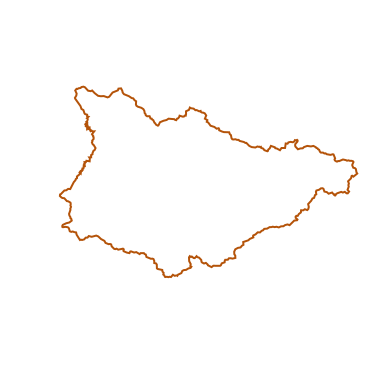 Ngao, Lampang, Thailand (orthographic projection), rotated 112°
{"feature_id": "78962969B20841547873304", "entity_name": "Ngao", "entity_type": "district", "adm_level": 2, "iso_a3": "THA", "parent_name": "Thailand", "parent_adm1": "Lampang", "projection": "orthographic", "projection_center": [99.933, 18.773], "detail": "fine", "context": "isolated", "style": "outline", "palette": "amber", "viewbox_px": 384, "rotation_deg": 112, "n_neighbors": 0, "source": "geoboundaries", "source_scale": "gbopen_adm2", "svg_char_len": 6069}
<svg xmlns="http://www.w3.org/2000/svg" viewBox="0 0 384 384"><g transform="rotate(112 192 192)"><path d="M131.8,276.8L128.8,277.8L128.4,279.7L127.2,281.5L127.5,283.1L126.8,286.4L126.8,291.7L125.8,293.5L124.2,294.6L122.5,296.6L123.7,298.9L125.5,298.8L129.5,302.9L134.6,304.4L135.9,305.7L136.1,309.7L137.4,312.5L138.0,315.1L136.8,319.3L135.3,322.6L136.4,323.6L137.0,326.3L135.0,330.5L135.0,332.1L136.1,333.8L137.3,334.3L138.4,336.1L139.4,336.8L139.6,337.7L141.6,338.3L144.0,335.8L146.0,335.4L148.6,335.8L149.2,335.3L154.1,327.6L156.4,325.6L156.7,323.4L159.4,321.1L159.8,320.3L159.6,318.2L161.1,317.6L161.0,316.2L162.9,317.0L163.0,316.3L163.6,315.9L165.7,315.7L166.5,316.2L166.9,315.3L168.1,315.9L168.1,314.7L169.6,314.4L169.7,314.8L168.6,315.5L169.5,316.0L169.8,315.1L170.8,315.1L171.0,314.1L170.3,313.8L171.9,313.2L170.5,312.9L171.3,312.2L170.8,311.6L172.2,311.5L171.5,310.7L172.3,310.4L172.3,309.5L172.7,309.0L173.3,309.2L173.6,308.8L172.7,308.0L173.3,306.2L172.6,305.9L172.4,305.4L175.9,306.4L177.2,304.4L177.7,304.4L178.2,303.7L179.7,303.1L181.7,303.8L182.4,303.3L183.5,303.4L185.0,301.9L185.3,300.7L187.4,297.9L189.6,298.0L190.7,298.8L193.3,298.8L194.3,298.4L195.6,299.4L197.6,298.5L198.4,300.2L198.9,299.4L201.9,298.4L202.6,301.6L203.7,301.5L204.5,302.8L205.1,302.1L205.8,302.5L206.1,302.1L206.9,302.3L206.9,301.8L208.3,301.0L208.8,301.5L208.7,302.1L210.7,301.5L211.3,302.4L211.9,302.1L212.9,302.3L212.9,301.7L213.7,301.9L214.1,302.7L215.7,302.3L214.9,303.3L216.1,303.6L216.6,302.8L217.4,302.7L220.7,304.5L222.2,303.8L223.5,304.6L224.8,304.5L227.1,305.3L234.9,306.0L235.5,308.0L237.5,309.2L238.4,310.9L243.1,312.8L243.7,313.4L245.2,313.0L246.0,310.9L246.1,309.8L245.6,308.1L247.3,304.6L247.0,303.2L247.4,300.7L248.6,299.9L250.0,299.7L251.1,298.6L253.1,298.6L254.1,298.0L258.3,297.8L259.7,296.9L260.9,295.3L261.8,294.9L262.1,293.9L263.6,292.8L266.2,294.3L268.0,296.8L270.8,299.4L271.7,299.6L272.9,299.2L273.0,298.5L271.7,296.3L271.2,293.9L271.7,292.6L274.2,290.6L274.2,289.0L273.3,287.8L273.3,286.1L272.9,284.3L274.8,283.0L278.5,277.9L277.8,277.2L277.7,276.0L276.3,274.2L274.2,273.5L273.4,271.8L271.5,271.2L271.1,268.2L268.3,264.5L268.3,262.3L269.7,258.7L270.1,254.9L271.6,253.1L271.6,249.7L270.9,248.6L270.9,247.3L272.5,246.1L273.9,242.8L273.7,241.7L272.8,240.7L273.1,238.8L270.4,234.8L270.7,233.8L272.2,233.6L272.5,233.2L272.6,229.8L272.1,227.1L270.4,227.0L269.9,226.4L269.8,223.0L268.6,221.1L269.2,217.3L267.9,216.7L266.7,213.7L267.3,212.7L267.3,211.4L269.3,209.9L269.3,205.1L268.6,203.6L268.6,202.6L270.0,201.2L272.0,200.4L271.7,198.6L272.4,197.5L276.0,195.9L276.2,194.8L275.4,190.4L276.9,189.5L277.6,188.0L279.3,187.7L279.6,186.5L280.8,185.4L280.8,184.8L280.0,183.5L279.8,182.0L279.0,181.1L278.7,179.6L275.9,178.7L276.2,176.7L274.9,174.7L275.1,174.2L273.9,174.0L271.2,171.5L268.7,171.4L267.4,170.2L266.4,168.3L264.2,166.7L262.9,164.9L261.5,164.6L261.3,165.8L259.3,166.2L257.2,168.7L253.7,170.3L252.3,170.0L252.7,168.6L251.9,168.0L252.6,165.7L252.3,164.7L249.8,163.7L250.4,162.7L250.2,160.9L251.5,158.0L253.2,157.0L253.6,156.2L253.8,154.1L252.5,152.6L253.4,150.2L254.0,149.8L254.3,145.7L252.4,144.6L249.9,138.3L249.2,137.8L247.0,137.7L245.0,135.4L243.4,135.9L242.4,135.8L241.4,133.4L239.7,133.0L238.9,131.3L238.6,129.5L236.9,127.1L234.7,128.1L233.9,129.4L231.6,130.5L228.9,130.4L226.6,128.5L225.2,126.2L223.3,125.7L221.7,124.5L219.2,125.8L215.7,121.7L213.8,120.8L211.1,118.1L210.0,118.9L209.3,118.9L207.5,117.2L204.8,116.0L204.0,113.8L201.9,112.9L200.9,111.8L199.1,111.2L197.8,108.6L195.5,106.9L194.7,105.0L193.9,104.1L193.6,102.2L192.6,100.7L192.3,98.2L190.5,96.6L189.5,94.4L187.8,93.3L186.3,91.3L186.2,89.1L180.2,86.5L178.8,84.0L178.0,83.9L177.1,86.2L176.0,86.7L175.0,86.3L174.5,85.0L172.4,84.7L170.2,83.4L168.1,84.0L167.3,82.0L165.7,80.9L165.6,78.4L164.3,77.8L162.1,78.1L159.7,79.8L155.5,78.2L152.9,77.9L151.7,76.6L148.8,76.8L147.6,75.9L145.3,77.2L144.0,77.2L142.3,75.0L140.3,73.8L139.6,72.3L139.8,71.3L142.0,69.4L141.6,66.9L142.4,64.7L140.0,61.9L140.8,60.5L140.9,59.4L141.5,59.1L141.7,58.3L141.5,57.8L139.8,57.6L138.7,56.8L136.0,53.7L136.0,51.9L134.6,50.4L135.3,48.2L134.9,47.1L132.8,46.5L131.7,48.6L128.3,48.7L127.0,49.6L125.4,49.7L123.6,51.3L119.8,49.7L117.3,50.0L116.9,49.6L117.3,48.1L113.0,45.7L112.1,46.9L109.3,48.7L108.8,50.0L109.1,51.5L107.4,53.3L106.8,53.6L103.7,53.5L103.2,54.2L103.3,55.8L104.0,57.4L104.0,58.7L104.9,60.0L104.8,61.2L105.3,64.2L108.3,67.2L108.5,68.1L109.4,68.8L109.6,69.5L109.2,71.4L108.3,72.1L107.2,71.9L104.2,74.8L104.2,75.5L105.7,77.5L106.5,81.3L106.1,82.6L106.7,83.7L106.4,85.3L107.2,87.4L106.7,88.5L105.2,90.0L105.1,91.2L104.5,92.0L104.6,93.2L104.1,93.9L103.8,96.7L105.2,98.8L106.1,102.4L108.4,105.0L110.0,105.7L111.0,107.8L112.7,109.8L111.1,113.2L110.0,113.9L108.9,114.2L105.7,113.1L104.6,113.4L104.3,114.1L105.2,114.9L105.3,116.0L107.0,116.2L108.1,117.1L108.6,119.4L109.9,121.2L111.4,121.5L111.9,123.3L116.3,122.2L117.7,125.5L120.3,126.1L119.9,129.7L120.2,131.2L119.5,131.9L119.7,136.1L122.5,136.3L124.1,137.2L125.5,137.0L126.0,137.4L126.1,140.6L125.1,142.2L125.2,143.9L124.4,144.9L125.0,145.2L124.7,146.3L125.1,146.9L125.3,148.4L127.0,149.9L128.0,153.5L127.8,156.2L126.1,160.0L126.5,160.9L126.2,162.6L126.8,167.0L126.2,168.3L126.8,169.7L126.8,171.4L127.9,173.5L128.0,174.4L127.3,175.5L124.7,177.2L124.2,178.6L122.7,179.9L124.5,184.8L124.7,186.7L124.6,189.9L123.6,190.3L122.9,191.2L124.1,192.9L123.3,195.6L123.6,199.6L121.5,203.0L121.4,204.6L119.6,204.7L119.2,207.5L115.7,207.5L114.3,209.6L114.2,211.2L114.6,212.5L114.4,213.8L113.6,214.4L114.5,215.5L114.3,218.4L114.9,219.5L114.1,221.7L114.7,224.4L114.5,225.6L117.0,225.6L119.4,227.8L122.0,226.7L123.6,226.4L123.9,227.4L125.0,227.7L125.6,228.7L125.9,232.1L127.4,232.0L129.0,232.5L129.6,233.3L131.3,233.5L131.5,234.6L131.1,235.6L132.8,241.2L134.8,242.6L136.6,245.1L139.3,247.8L142.9,248.1L143.3,248.5L143.0,250.7L142.1,251.8L141.8,252.8L139.9,254.8L139.7,256.2L139.1,256.8L139.4,258.0L137.6,259.7L138.6,262.0L138.2,263.6L137.2,264.2L136.6,265.4L134.6,266.6L133.4,268.1L132.9,270.5L133.2,274.2L132.8,275.9L131.8,276.8Z" fill="none" stroke="#b45309" stroke-width="2"/></g></svg>